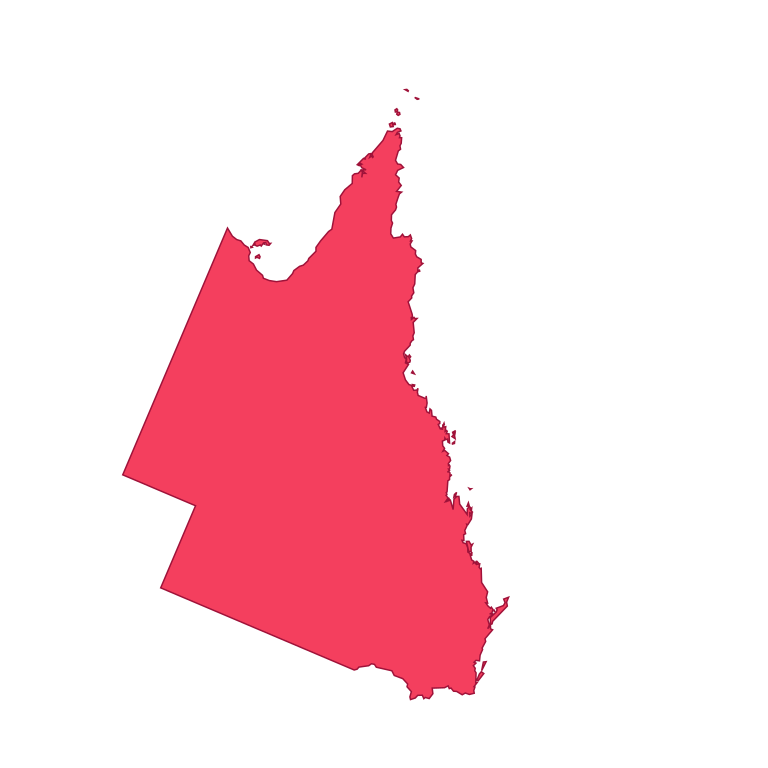 outline of Queensland, rotated 23°
{"feature_id": "AUS-2657", "entity_name": "Queensland", "entity_type": "State", "adm_level": 1, "iso_a3": "AUS", "parent_name": "Australia", "parent_adm1": "", "projection": "mercator", "projection_center": [147.106, -19.205], "detail": "fine", "context": "isolated", "style": "filled", "palette": "rose", "viewbox_px": 768, "rotation_deg": 23, "n_neighbors": 0, "source": "natural_earth", "source_scale": "10m", "svg_char_len": 6196}
<svg xmlns="http://www.w3.org/2000/svg" viewBox="0 0 768 768"><g transform="rotate(23 384 384)"><path d="M179.0,301.6L186.7,307.2L192.0,308.6L196.3,308.2L201.1,310.7L205.6,311.4L209.5,315.2L209.4,318.9L211.7,323.2L216.9,324.6L222.2,329.0L229.7,331.4L231.7,333.8L238.0,333.6L245.1,331.8L254.0,326.4L256.7,318.1L256.7,314.8L260.3,308.7L263.3,306.1L265.8,300.4L265.7,297.8L269.5,288.4L268.0,284.8L269.7,277.1L273.4,265.3L275.5,261.9L271.8,245.3L273.9,235.2L270.4,228.5L272.0,220.5L276.4,211.8L273.5,204.6L274.7,202.1L278.0,200.1L279.4,196.0L281.3,197.4L282.8,202.5L282.0,198.4L284.7,197.3L279.8,195.7L283.8,193.8L279.1,193.6L276.4,191.6L277.7,190.3L275.5,190.1L275.5,192.2L276.5,192.7L273.7,192.6L277.0,184.3L279.4,184.4L277.9,183.6L280.0,178.2L282.2,176.8L282.3,180.9L283.5,179.0L285.0,179.9L285.3,179.1L283.2,177.3L283.1,175.2L287.9,160.2L288.4,149.8L293.0,148.4L296.3,143.4L299.0,142.8L300.7,144.4L298.0,147.1L297.7,149.7L300.0,147.5L301.8,149.3L302.0,151.2L304.0,150.4L305.8,155.7L305.6,158.5L307.5,161.4L306.1,163.9L307.2,173.6L310.6,176.2L313.6,175.4L317.4,177.1L313.1,182.0L312.9,186.9L317.5,188.5L318.6,192.4L322.3,194.5L320.3,201.8L325.2,200.5L323.9,202.9L324.1,207.0L324.7,213.9L326.4,216.3L326.6,219.2L324.8,225.3L326.9,230.7L329.0,232.5L329.5,237.8L331.5,243.1L335.6,246.0L341.5,242.3L342.5,238.9L345.2,240.6L348.8,238.9L350.0,236.5L352.6,239.3L352.5,242.0L353.9,241.4L353.4,244.9L355.1,247.3L361.0,248.8L362.1,252.1L364.4,254.1L369.5,254.8L370.9,257.9L372.7,257.8L369.8,263.9L370.7,266.2L372.1,265.3L372.8,266.2L371.1,267.6L370.0,271.1L373.2,279.9L373.0,284.1L375.8,288.4L375.0,292.2L375.9,293.9L374.1,298.9L382.6,308.7L384.1,311.1L383.1,312.1L384.0,313.9L385.7,311.0L386.8,311.7L388.8,310.8L386.8,315.9L391.8,325.1L391.8,328.5L393.8,331.7L392.8,333.2L392.2,336.2L392.9,338.1L390.1,345.8L390.2,348.5L392.6,351.6L394.8,352.5L395.5,356.2L398.9,356.5L397.2,366.2L402.1,371.8L407.2,374.8L409.6,374.5L413.8,378.2L416.6,376.8L417.0,374.7L417.9,378.5L419.9,381.2L427.4,381.2L428.2,380.3L427.5,378.5L431.1,384.7L432.1,388.9L431.2,389.4L434.4,392.9L437.0,393.1L436.1,389.0L438.0,389.7L440.8,394.8L444.6,394.2L446.1,395.9L450.0,396.7L450.8,398.6L449.7,400.0L453.3,403.3L454.9,402.9L453.8,402.3L455.3,401.4L454.4,399.4L456.5,400.0L457.5,399.2L458.8,403.7L459.8,402.3L460.7,402.9L460.7,405.4L463.3,404.5L467.4,412.7L465.6,412.5L464.0,409.9L462.7,411.0L461.2,410.0L461.8,411.8L460.1,413.8L462.2,417.9L464.9,419.6L464.5,422.8L465.8,421.4L470.6,423.0L469.8,425.2L473.0,425.7L475.2,428.4L474.3,432.1L475.2,433.8L475.8,433.0L476.8,433.8L477.5,436.5L476.6,437.1L478.1,437.9L476.8,440.3L478.2,439.4L479.5,440.1L480.4,442.4L481.9,441.0L480.7,443.9L481.7,446.4L480.6,448.2L484.2,458.7L483.7,459.5L485.1,461.2L484.6,462.2L487.5,464.0L486.6,468.3L490.5,465.0L496.7,472.6L493.4,462.7L494.9,459.1L496.9,458.2L500.6,465.0L511.5,471.6L509.5,466.4L510.4,463.4L512.2,464.0L511.9,465.4L512.9,466.1L513.3,464.4L514.0,466.7L515.4,467.3L514.5,469.0L513.2,469.0L514.7,472.1L515.8,469.3L517.2,474.1L516.2,480.6L514.9,480.8L515.8,481.8L515.6,487.3L517.6,489.9L516.2,491.6L518.7,496.8L516.9,497.4L518.8,499.2L522.1,499.0L525.1,502.1L526.8,505.9L529.1,506.4L533.4,511.7L536.0,512.1L536.3,514.1L537.2,512.8L540.1,514.3L538.1,511.4L538.7,510.9L541.1,512.0L540.8,513.2L542.4,512.2L543.2,515.6L544.8,516.5L545.5,515.7L551.4,528.6L560.6,534.8L561.5,540.5L565.0,545.2L563.2,545.7L566.6,547.8L569.7,548.8L570.0,547.5L572.3,548.9L572.8,552.6L571.1,554.4L573.6,553.2L573.7,555.0L572.1,556.8L571.5,560.2L575.1,564.6L575.1,568.8L576.2,564.4L577.8,567.8L580.0,567.8L576.5,579.0L578.2,581.3L577.5,588.7L578.5,589.9L578.4,596.0L580.1,601.5L576.7,602.4L575.6,604.9L577.7,605.0L576.3,608.4L579.0,610.0L579.6,612.5L581.6,613.9L585.2,623.2L586.3,622.7L585.1,627.5L586.1,627.4L586.4,631.1L587.9,633.4L583.9,636.4L579.6,636.7L577.4,639.5L571.0,638.6L568.0,639.6L564.5,637.7L563.1,638.9L561.0,636.8L558.4,639.9L547.2,645.1L550.0,650.0L548.5,655.9L544.5,656.4L543.6,658.1L540.9,655.5L536.7,657.4L535.5,660.8L531.7,664.1L530.1,661.9L529.4,656.5L523.5,653.7L523.0,650.9L516.4,647.9L507.3,648.3L503.3,644.9L487.6,647.7L484.8,645.8L481.8,646.4L480.0,649.3L471.5,654.4L470.7,657.0L468.3,658.9L258.1,658.9L258.1,569.7L179.0,569.7L179.0,301.6ZM584.3,540.2L576.8,559.9L577.2,562.6L576.0,563.8L573.1,557.5L576.4,550.1L576.4,547.7L574.9,546.6L580.5,541.3L580.9,538.0L578.2,535.2L582.0,531.6L582.1,536.9L584.3,540.2ZM224.7,298.9L224.0,301.2L221.4,301.9L219.9,300.0L218.2,301.0L219.2,302.0L217.8,302.1L217.1,305.0L215.8,304.4L213.3,306.7L211.3,306.6L210.0,304.9L210.1,306.9L209.2,307.5L209.7,303.7L212.9,299.7L220.7,297.6L223.6,299.5L224.7,298.9ZM527.9,500.2L529.7,504.2L527.5,505.1L521.3,496.7L523.7,495.6L527.0,498.1L528.1,496.8L527.9,500.2ZM398.9,351.9L399.3,353.6L398.1,355.2L395.8,354.8L395.2,352.3L392.5,348.7L395.7,349.6L396.0,347.4L397.9,348.5L397.3,350.4L398.9,351.9ZM586.0,610.8L589.0,611.5L586.6,620.6L585.2,620.7L585.1,613.8L586.0,610.8ZM585.9,609.7L584.1,601.1L586.5,599.7L585.9,609.7ZM289.5,140.1L291.9,143.4L289.4,144.9L287.4,142.6L289.5,140.1ZM220.2,315.3L220.3,317.0L217.5,317.0L216.5,318.2L216.0,317.0L218.4,313.8L220.2,315.3ZM292.2,128.0L293.3,129.6L292.1,131.2L290.3,130.7L290.1,128.4L292.2,128.0ZM470.8,406.5L467.1,405.8L468.7,401.9L469.2,404.1L470.8,406.5ZM289.5,126.4L289.5,128.1L288.2,129.2L287.0,127.4L288.2,125.6L289.5,126.4ZM300.3,108.2L305.1,107.8L303.3,109.0L300.3,108.2ZM493.2,455.4L493.5,458.8L492.5,460.7L492.0,458.2L493.2,455.4ZM508.1,460.4L510.1,462.9L508.2,464.0L508.1,460.4ZM468.1,398.9L467.0,402.7L466.0,401.6L468.1,398.9ZM289.9,103.9L291.8,104.5L291.8,105.2L288.4,104.8L289.9,103.9ZM405.3,360.9L408.0,362.8L405.0,363.0L405.3,360.9ZM412.6,372.9L412.8,374.3L411.6,374.6L410.5,373.4L412.6,372.9ZM291.4,139.7L292.2,139.6L293.0,140.7L291.7,141.4L291.4,139.7ZM530.6,504.3L531.9,508.0L530.5,505.8L530.6,504.3ZM488.3,463.9L489.3,464.6L488.2,466.7L487.8,465.2L488.3,463.9ZM471.5,409.4L472.1,411.2L470.5,412.5L470.1,411.8L471.5,409.4ZM454.6,396.7L455.4,397.8L455.1,399.0L454.6,398.9L454.6,396.7ZM503.2,446.8L504.4,446.8L505.2,446.4L504.5,447.7L503.2,446.8ZM207.7,309.5L208.8,309.1L209.5,309.5L208.2,310.5L207.7,309.5ZM573.3,548.6L574.7,550.0L574.4,550.3L573.3,548.6Z" fill="#f43f5e" stroke="#9f1239" stroke-width="1.5"/></g></svg>